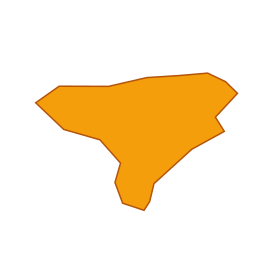 the Urban county of Kecskemét, rotated 106°
{"feature_id": "HUN-4915", "entity_name": "Kecskemét", "entity_type": "Urban county", "adm_level": 1, "iso_a3": "HUN", "parent_name": "Hungary", "parent_adm1": "", "projection": "orthographic", "projection_center": [19.681, 46.9], "detail": "fine", "context": "isolated", "style": "filled", "palette": "amber", "viewbox_px": 256, "rotation_deg": 106, "n_neighbors": 0, "source": "natural_earth", "source_scale": "10m", "svg_char_len": 393}
<svg xmlns="http://www.w3.org/2000/svg" viewBox="0 0 256 256"><g transform="rotate(106 128 128)"><path d="M104.7,34.5L130.8,60.8L174.3,87.7L192.7,86.9L202.7,89.9L201.8,112.4L184.0,125.5L163.8,125.5L147.1,151.7L147.1,189.4L129.2,223.7L106.8,205.7L93.4,158.3L74.4,123.9L63.3,92.8L53.3,66.6L56.6,47.0L64.5,32.3L93.5,47.0L104.7,34.5Z" fill="#f59e0b" stroke="#b45309" stroke-width="1.5"/></g></svg>